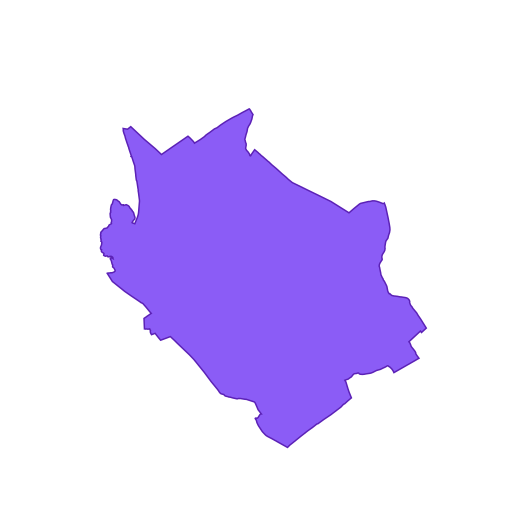 outline of Romani, Neamt, Romania, rotated 320°
{"feature_id": "2599482B46958665010452", "entity_name": "Romani", "entity_type": "district", "adm_level": 2, "iso_a3": "ROU", "parent_name": "Romania", "parent_adm1": "Neamt", "projection": "natural_earth1", "projection_center": [26.711, 46.815], "detail": "fine", "context": "isolated", "style": "filled", "palette": "violet", "viewbox_px": 512, "rotation_deg": 320, "n_neighbors": 0, "source": "geoboundaries", "source_scale": "gbopen_adm2", "svg_char_len": 6138}
<svg xmlns="http://www.w3.org/2000/svg" viewBox="0 0 512 512"><g transform="rotate(320 256 256)"><path d="M340.1,420.7L341.6,410.0L342.0,405.7L342.5,402.8L342.5,396.7L342.5,396.4L342.7,396.1L342.8,395.4L342.8,393.9L342.8,393.2L343.1,392.2L343.7,390.5L344.4,389.8L344.7,389.4L344.8,389.1L345.1,387.9L345.0,386.4L344.8,385.6L344.1,384.4L343.4,383.5L342.3,382.3L341.2,381.0L340.0,379.8L338.4,377.8L335.9,375.2L334.6,373.4L334.3,370.9L333.8,370.7L333.9,369.2L334.4,367.5L336.6,363.6L337.0,362.4L337.7,359.4L338.0,358.2L338.1,357.7L338.1,356.4L338.7,354.9L338.8,353.8L339.6,350.9L339.9,350.2L340.6,349.2L342.3,346.0L343.4,344.1L343.8,343.0L344.6,342.2L345.4,341.6L346.5,341.1L349.2,340.2L350.2,340.0L350.7,339.4L351.6,337.8L352.5,336.9L353.8,336.1L356.9,335.1L358.2,334.5L359.7,333.2L360.4,332.1L361.2,331.3L364.2,328.7L364.8,328.3L365.6,327.9L368.4,327.2L370.8,325.4L373.3,323.9L375.4,322.1L376.9,320.1L378.8,316.9L381.7,311.7L386.8,302.0L387.8,299.5L388.0,298.7L388.3,297.9L387.6,297.9L387.0,297.5L386.7,297.0L385.0,293.9L383.5,291.5L382.3,290.0L380.9,288.8L380.3,288.4L378.4,287.5L377.1,286.5L369.9,282.9L368.6,282.7L361.9,282.6L355.0,282.7L348.4,262.3L331.0,223.1L330.0,217.9L329.7,215.0L328.8,209.9L327.7,201.8L326.7,196.1L326.3,192.2L326.0,191.0L325.0,184.2L324.6,182.5L324.4,180.3L324.1,179.2L324.1,178.3L323.3,173.7L317.8,175.2L316.4,175.8L316.2,175.8L315.9,175.3L315.9,175.0L316.0,174.8L316.4,174.1L316.5,173.7L316.8,171.4L316.7,169.0L317.1,167.1L317.3,166.8L319.7,164.8L320.4,163.9L320.7,163.5L321.1,162.1L321.6,161.3L322.5,159.3L323.4,158.8L326.4,156.6L329.1,154.9L331.7,152.7L334.2,151.6L336.0,151.1L337.5,150.4L340.9,148.4L343.5,146.3L344.6,145.8L345.0,142.6L345.3,141.3L345.5,139.1L345.3,138.9L344.8,138.8L341.4,138.1L337.8,137.3L332.4,136.3L328.5,135.3L326.2,134.8L319.4,133.6L313.1,132.9L308.6,132.7L305.8,131.9L299.9,131.6L298.2,131.4L295.2,131.2L294.4,131.2L294.1,131.4L293.3,131.4L288.2,131.0L281.4,130.0L281.6,129.0L281.6,127.0L281.3,123.0L280.9,120.5L259.9,118.5L248.8,117.5L247.8,108.9L245.4,94.8L243.2,76.4L239.1,76.3L236.2,72.9L235.3,74.3L235.0,74.7L234.8,74.7L234.6,75.1L233.7,77.1L232.7,79.9L231.7,81.9L229.4,87.7L229.3,88.3L229.1,88.6L228.7,89.5L228.3,90.8L227.6,92.2L226.8,94.2L224.8,99.3L224.4,99.3L224.2,99.4L224.6,100.0L224.5,100.3L224.1,101.4L222.7,104.8L221.2,108.7L220.7,109.6L219.3,111.5L216.1,116.5L215.6,117.1L213.2,120.8L213.0,121.3L212.9,122.0L208.7,128.9L208.1,130.1L207.7,130.2L207.3,130.9L206.6,132.1L203.0,137.7L202.1,139.0L194.0,147.2L192.5,148.5L190.1,150.1L183.9,153.4L182.5,151.1L182.5,150.8L182.7,150.7L183.9,150.2L185.2,149.9L186.8,149.7L187.3,149.4L187.9,148.9L188.2,148.5L188.7,147.0L189.0,146.5L189.4,145.3L189.9,144.7L190.1,143.6L190.2,143.3L190.1,142.1L190.4,141.6L190.4,141.0L190.3,140.3L190.3,139.9L190.5,139.3L190.3,137.9L190.7,136.6L190.5,135.5L190.5,135.3L189.9,133.9L189.6,133.3L187.0,132.1L187.3,131.5L186.0,130.6L186.0,130.3L185.7,129.8L186.0,127.1L186.0,126.6L186.1,126.4L185.7,125.3L185.6,124.2L185.4,123.6L185.2,123.1L184.3,122.0L183.9,121.6L183.2,121.3L182.9,121.4L182.0,121.9L179.6,123.6L179.3,123.7L178.3,123.8L176.8,124.8L176.3,125.3L175.6,125.8L174.3,127.1L173.9,127.9L173.3,128.3L173.0,129.0L172.3,129.3L172.1,129.3L171.6,129.7L171.6,129.8L171.3,130.0L169.4,132.7L168.7,135.4L167.2,137.0L166.5,137.3L166.2,138.1L166.1,138.3L163.7,137.9L163.1,137.9L162.1,138.5L161.8,138.6L160.9,138.5L160.0,138.8L158.1,137.9L157.5,137.4L156.8,137.4L153.9,137.9L152.7,138.0L152.1,138.3L152.0,138.7L151.1,139.2L150.8,139.5L150.5,139.8L150.5,140.1L150.4,140.3L150.0,140.5L150.0,140.9L149.0,141.7L148.6,142.3L148.3,143.2L148.0,143.3L147.9,143.6L147.8,144.2L147.4,144.4L146.7,145.0L146.9,145.3L146.7,146.4L144.8,148.2L142.5,149.4L141.7,150.3L141.4,151.0L141.4,151.5L141.7,151.9L140.9,152.5L140.6,152.9L140.5,153.6L140.5,154.4L140.9,155.3L141.1,155.9L141.1,156.3L140.9,156.6L140.0,157.3L139.7,157.6L140.4,159.3L140.9,159.6L141.5,159.9L142.0,160.2L142.1,160.6L142.1,161.6L144.1,162.5L145.0,163.3L145.4,164.6L145.3,165.3L145.0,165.6L144.8,166.1L144.5,165.3L143.7,164.2L143.1,163.9L142.5,164.6L142.3,165.9L141.9,167.1L141.2,168.4L140.5,170.0L140.5,170.7L139.2,172.1L139.2,172.7L139.4,173.5L139.4,174.1L139.2,175.0L139.1,175.6L138.7,176.7L138.3,177.0L136.9,177.0L134.9,176.3L134.0,175.5L132.8,174.8L131.5,173.8L130.9,173.6L129.6,183.2L132.7,198.8L134.8,206.5L136.5,212.4L137.6,216.3L138.0,218.0L138.6,219.1L138.8,219.9L138.9,224.7L138.8,229.7L138.8,231.7L138.9,232.6L130.1,231.8L123.7,240.1L124.0,240.3L124.1,240.6L124.4,241.0L124.9,241.2L125.2,241.5L125.8,242.2L126.6,242.9L127.5,243.3L127.7,243.7L127.3,244.3L127.4,245.1L126.2,246.2L126.1,246.4L126.0,246.9L125.7,247.4L125.4,249.1L129.0,250.4L128.8,256.0L128.8,259.2L138.6,262.7L139.3,268.4L139.6,271.9L141.5,288.9L141.9,295.2L141.6,311.8L140.9,323.7L140.8,332.3L140.8,333.2L140.7,334.4L140.7,335.1L140.5,336.2L140.4,337.6L140.6,338.9L141.0,339.6L142.3,341.4L142.3,342.9L142.6,343.7L144.2,345.9L144.4,346.4L145.6,347.7L147.0,349.8L149.7,353.3L151.0,353.9L152.5,355.2L155.5,358.7L156.4,359.5L160.6,366.2L161.0,367.0L161.0,367.5L160.6,369.2L159.5,372.9L158.8,375.1L158.6,379.6L158.6,380.5L157.9,380.1L157.2,380.0L153.6,381.1L152.6,381.0L152.1,380.4L151.5,379.9L151.1,379.9L150.9,380.0L150.7,381.8L150.4,382.6L149.6,384.3L148.8,387.4L148.0,394.1L148.0,395.7L148.2,398.9L148.4,400.2L148.9,401.7L150.6,405.8L157.1,422.9L160.5,422.6L163.4,422.7L174.5,422.9L183.4,423.2L189.8,423.7L194.6,423.8L195.6,424.3L202.9,424.8L211.3,425.7L224.0,426.3L227.8,425.8L228.8,426.2L233.0,426.0L237.9,426.0L239.7,420.4L241.1,416.8L243.9,410.3L244.2,408.3L246.2,409.0L247.6,409.6L249.0,409.6L251.4,409.9L254.2,409.3L254.9,409.3L255.7,409.4L257.5,410.6L258.6,411.0L259.1,411.3L259.4,411.9L259.4,412.8L259.9,413.6L261.4,415.1L262.7,416.0L264.8,417.2L267.9,419.1L269.1,419.7L271.0,420.3L274.2,421.0L275.1,421.3L278.4,422.8L282.0,423.7L283.3,424.1L286.1,424.6L286.3,424.7L286.6,425.2L286.8,426.3L287.1,426.9L287.3,428.6L287.4,430.3L287.2,432.1L286.7,434.0L315.1,439.1L315.3,435.7L315.6,433.6L316.3,432.5L316.6,430.5L316.7,425.5L316.9,424.6L317.3,423.7L318.0,421.4L318.0,420.0L333.7,419.2L333.6,421.0L340.1,420.7Z" fill="#8b5cf6" stroke="#5b21b6" stroke-width="1.5"/></g></svg>